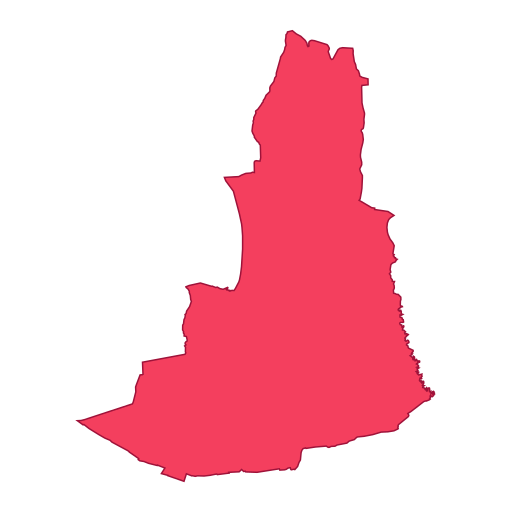 Topana, Olt, Romania
{"feature_id": "2599482B92516627425208", "entity_name": "Topana", "entity_type": "district", "adm_level": 2, "iso_a3": "ROU", "parent_name": "Romania", "parent_adm1": "Olt", "projection": "albers", "projection_center": [24.532, 44.851], "detail": "fine", "context": "isolated", "style": "filled", "palette": "rose", "viewbox_px": 512, "rotation_deg": 0, "n_neighbors": 0, "source": "geoboundaries", "source_scale": "gbopen_adm2", "svg_char_len": 6064}
<svg xmlns="http://www.w3.org/2000/svg" viewBox="0 0 512 512"><path d="M184.0,481.3L186.4,473.8L191.9,475.9L192.3,475.7L195.2,476.3L197.7,475.8L204.1,476.0L210.1,475.3L216.1,474.1L216.9,474.1L217.3,474.6L229.1,473.1L228.8,472.3L239.2,471.8L241.6,469.5L243.7,471.5L245.2,471.2L245.7,471.9L257.0,472.3L279.3,468.8L279.8,470.1L284.6,469.8L286.3,469.3L288.0,468.1L289.7,467.7L290.3,467.7L290.8,469.4L291.2,469.8L294.2,469.2L294.8,469.6L297.6,466.5L299.0,462.4L300.4,460.0L301.1,452.6L301.9,450.2L303.1,448.6L305.6,447.9L306.0,448.4L315.3,447.0L326.3,446.1L328.1,447.3L329.4,447.3L331.1,446.4L335.0,446.2L337.1,445.0L346.9,443.1L349.2,441.1L354.3,439.6L356.6,437.4L357.6,436.9L364.0,436.3L372.8,434.6L381.2,432.1L387.8,431.8L394.0,430.8L398.0,428.9L398.2,428.5L397.8,427.8L398.2,426.6L397.9,426.0L398.5,424.6L408.3,416.6L408.8,415.6L408.7,414.9L407.8,413.5L411.1,411.4L423.9,401.5L426.3,400.8L426.5,401.0L429.4,399.8L430.2,399.1L429.6,398.6L430.4,397.5L430.1,396.1L430.5,395.3L431.4,396.5L432.3,396.7L433.6,395.5L432.9,394.3L434.1,394.4L434.6,394.0L434.4,393.6L433.3,393.3L433.4,392.8L434.2,392.2L433.5,391.3L432.7,391.6L431.8,393.6L431.0,393.6L430.9,391.3L430.0,391.9L429.5,391.6L429.7,389.2L429.4,388.0L428.2,388.0L427.5,390.6L426.9,391.1L426.1,390.4L426.2,389.5L426.9,388.8L426.5,387.7L425.0,389.2L424.2,387.9L422.7,387.5L422.8,386.7L424.2,385.7L422.5,385.3L423.7,383.4L423.8,382.0L423.5,381.3L423.2,381.3L421.9,383.1L421.2,382.3L422.0,381.6L421.8,381.1L421.2,380.8L420.0,381.2L419.5,380.6L419.9,379.9L419.6,379.4L420.0,378.2L421.3,378.8L421.7,378.5L421.1,377.1L422.1,376.2L421.7,375.3L421.9,374.1L418.7,375.0L417.2,373.6L417.6,372.9L418.6,372.9L418.7,372.2L416.8,372.2L416.1,371.5L418.0,370.7L417.1,368.9L418.9,367.9L417.0,367.2L418.4,366.6L418.6,366.0L417.4,364.5L416.4,364.0L416.7,363.6L417.8,363.4L417.8,362.5L418.2,362.0L419.5,362.2L419.7,361.2L419.3,360.9L417.3,361.0L416.6,359.5L415.2,360.7L414.8,359.2L413.9,359.8L413.0,359.6L412.8,358.8L414.5,357.6L414.4,356.9L413.4,356.2L413.1,357.5L412.5,357.5L410.1,355.7L412.0,354.5L411.5,353.6L412.5,353.1L412.0,352.6L413.2,351.2L413.1,350.3L408.5,348.1L408.2,347.6L407.9,345.9L406.5,345.0L406.6,344.1L408.9,342.6L408.9,341.7L408.3,340.5L407.4,340.2L406.1,341.3L405.0,340.5L405.5,338.9L405.0,338.6L404.9,338.0L406.3,336.5L406.5,335.5L407.4,335.6L408.3,334.5L406.4,333.6L405.1,334.0L404.6,332.8L405.5,331.8L403.8,330.2L402.5,330.0L402.6,328.6L403.8,326.8L403.8,326.0L403.4,325.8L402.6,327.0L402.0,327.1L401.6,324.9L400.4,324.8L399.7,323.6L399.9,322.9L400.5,322.4L403.0,322.4L403.6,322.0L403.2,319.6L402.3,319.3L402.2,318.2L401.7,317.5L400.2,317.3L399.9,316.1L400.0,315.0L401.2,315.3L402.8,314.4L401.2,313.8L401.3,311.7L400.8,310.3L400.1,310.2L400.3,311.2L399.4,311.2L398.1,309.9L398.6,308.7L399.8,308.3L400.1,307.4L402.4,306.7L402.2,306.3L400.8,305.9L400.3,305.2L400.4,301.2L400.9,299.5L400.8,297.1L398.2,294.4L396.5,294.3L395.0,293.5L393.6,293.2L393.4,289.9L394.1,288.8L394.3,287.5L394.1,285.4L393.5,284.0L394.5,281.5L392.3,281.4L392.2,279.7L390.7,277.8L390.7,275.6L389.4,273.8L390.8,272.1L390.1,269.6L390.9,264.6L392.4,263.1L395.4,261.8L396.0,260.5L397.2,259.3L395.9,258.9L395.5,257.7L394.5,257.8L394.2,256.7L393.3,255.8L394.2,254.7L392.9,253.8L394.2,245.7L392.8,242.8L390.0,239.0L388.1,234.7L387.4,232.1L386.9,227.4L387.4,222.9L388.7,219.6L390.4,217.8L394.0,215.4L388.0,211.5L374.6,209.5L374.7,208.1L371.7,207.7L359.1,200.3L360.1,199.0L361.4,192.0L361.9,188.3L362.4,177.9L362.4,175.5L360.5,171.8L359.7,169.0L361.7,164.8L361.7,162.2L360.5,157.3L360.4,154.9L361.1,149.4L362.8,142.8L363.3,139.5L362.7,134.4L362.2,132.7L361.3,131.4L361.2,130.2L361.6,129.5L363.1,128.6L363.5,127.3L364.1,122.9L363.9,119.3L364.5,114.6L364.5,113.1L363.0,107.8L362.0,102.9L361.6,87.3L361.9,85.4L368.1,84.8L368.0,78.9L362.0,77.3L359.7,75.9L359.5,74.1L358.4,70.8L356.4,68.9L355.6,64.5L354.3,61.6L353.1,53.6L353.2,50.7L352.7,48.3L342.6,47.7L339.8,48.3L338.0,49.7L333.0,58.9L331.8,59.5L330.6,58.5L328.3,51.9L328.3,51.2L329.3,48.9L329.2,48.0L328.0,45.7L327.0,44.6L314.5,40.7L311.8,40.3L310.4,40.7L309.2,41.7L308.8,43.0L308.9,46.1L308.0,46.6L307.4,45.7L306.9,43.2L305.2,40.4L300.8,36.3L296.3,33.9L292.4,30.7L287.5,31.9L287.0,33.6L286.0,34.7L285.9,37.4L285.5,39.6L285.4,41.0L286.1,45.4L285.0,47.4L284.7,49.4L283.7,52.3L280.6,57.0L280.4,58.5L276.3,73.1L276.2,76.1L274.8,77.9L273.9,81.5L270.4,86.1L269.8,87.9L269.9,90.8L269.5,91.9L266.1,95.2L264.7,98.5L263.3,100.4L263.1,102.0L262.4,102.6L261.1,104.8L257.9,109.2L255.7,111.0L255.6,111.9L256.0,113.0L253.8,117.5L253.8,119.4L253.1,121.1L253.4,122.9L252.7,125.0L252.0,131.0L252.8,133.3L254.1,135.6L254.4,136.5L254.3,137.2L257.4,141.6L258.6,142.2L259.4,144.1L260.3,145.1L260.7,157.8L260.0,161.1L256.1,160.7L254.6,161.3L254.2,162.7L254.4,172.5L252.5,172.2L250.8,173.0L245.8,173.4L241.5,175.1L238.8,176.6L224.4,177.4L225.8,180.9L233.4,191.2L239.4,213.8L241.6,224.0L242.0,227.5L242.6,235.9L242.6,249.1L241.5,266.9L240.6,274.1L239.5,279.9L238.8,282.0L235.5,288.3L234.1,290.5L231.9,290.4L229.8,291.1L229.4,290.8L229.8,290.6L229.7,290.3L228.6,290.5L228.3,290.0L226.9,290.0L226.2,289.3L226.3,288.9L227.3,288.8L227.9,287.8L227.6,287.4L223.1,289.3L219.9,288.6L217.3,287.1L215.7,287.5L212.2,286.1L211.6,286.3L200.4,283.0L189.1,285.5L185.9,286.8L186.2,287.5L188.0,289.0L189.3,291.2L189.3,292.7L190.3,295.4L190.7,299.6L191.4,301.4L189.6,306.6L186.6,311.1L186.1,313.6L185.0,314.5L185.3,315.5L184.9,317.8L184.0,319.6L183.5,323.9L182.7,325.1L182.6,329.9L183.6,331.7L183.4,332.9L184.2,334.2L184.1,336.0L186.4,336.5L187.2,340.0L187.0,341.1L185.9,341.8L185.1,343.0L185.2,343.9L185.9,344.9L184.6,345.9L185.5,347.2L185.4,351.9L185.8,352.9L185.0,354.3L142.5,362.2L143.0,374.3L142.3,374.7L140.1,374.9L136.4,384.7L135.6,387.0L135.8,391.9L133.2,402.2L132.4,403.9L84.3,419.7L81.1,420.5L77.4,420.7L83.1,424.9L83.9,424.5L89.0,428.5L98.5,434.4L104.9,438.1L110.1,440.3L111.9,442.1L127.7,450.6L129.2,451.7L129.2,452.0L138.1,458.2L138.7,458.7L138.2,459.6L139.8,460.8L144.0,461.5L148.5,463.3L157.2,465.5L157.4,465.1L164.9,468.0L161.4,473.6L168.0,475.4L167.9,475.7L184.0,481.3Z" fill="#f43f5e" stroke="#9f1239" stroke-width="1.5"/></svg>